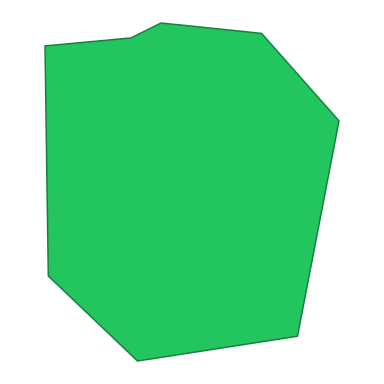 the district of Al Hawtah, Lahij, Yemen
{"feature_id": "15242507B35163519047813", "entity_name": "Al Hawtah", "entity_type": "district", "adm_level": 2, "iso_a3": "YEM", "parent_name": "Yemen", "parent_adm1": "Lahij", "projection": "albers", "projection_center": [44.876, 13.061], "detail": "fine", "context": "isolated", "style": "filled", "palette": "green", "viewbox_px": 384, "rotation_deg": 0, "n_neighbors": 0, "source": "geoboundaries", "source_scale": "gbopen_adm2", "svg_char_len": 233}
<svg xmlns="http://www.w3.org/2000/svg" viewBox="0 0 384 384"><path d="M48.3,276.0L137.5,361.0L297.5,336.2L339.0,120.9L261.6,33.4L161.0,23.0L131.0,37.9L45.0,45.9L48.3,276.0Z" fill="#22c55e" stroke="#15803d" stroke-width="1.5"/></svg>